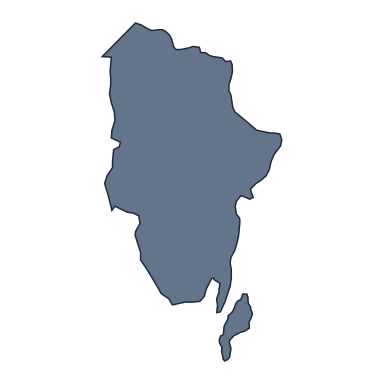 Timur Laut, Pulau Pinang, Malaysia (Robinson projection)
{"feature_id": "92858781B26188199947326", "entity_name": "Timur Laut", "entity_type": "district", "adm_level": 2, "iso_a3": "MYS", "parent_name": "Malaysia", "parent_adm1": "Pulau Pinang", "projection": "robinson", "projection_center": [100.297, 5.392], "detail": "fine", "context": "isolated", "style": "filled", "palette": "slate", "viewbox_px": 384, "rotation_deg": 0, "n_neighbors": 0, "source": "geoboundaries", "source_scale": "gbopen_adm2", "svg_char_len": 2208}
<svg xmlns="http://www.w3.org/2000/svg" viewBox="0 0 384 384"><path d="M220.4,311.9L224.7,302.5L227.4,294.6L230.2,286.2L231.3,277.8L231.3,269.4L230.2,263.2L230.9,257.5L234.5,250.9L236.4,245.1L238.4,236.7L239.2,229.7L239.9,221.7L239.6,218.2L236.4,214.2L235.2,206.3L236.4,201.4L240.7,195.7L243.9,196.6L249.7,199.2L253.2,197.4L251.7,193.5L250.5,189.1L255.6,183.8L261.1,180.2L266.1,175.8L269.3,169.6L271.2,161.2L274.0,154.6L280.6,145.8L281.8,140.0L279.8,133.9L274.0,133.0L270.1,133.0L256.8,130.3L245.0,120.2L235.2,112.2L232.9,107.8L231.7,100.3L230.9,95.0L229.0,90.6L229.0,84.4L230.9,78.7L232.5,71.6L232.1,64.5L230.6,61.0L225.5,61.5L222.3,57.9L213.3,56.6L209.0,55.3L205.5,52.6L200.8,52.6L199.3,47.3L193.0,46.4L189.1,47.8L185.2,48.6L180.9,49.5L175.8,49.5L173.5,46.4L171.9,39.8L169.5,35.0L165.6,31.4L162.5,29.7L158.6,29.7L155.8,30.1L151.5,30.5L147.6,28.8L141.8,25.2L135.5,23.0L102.2,56.6L102.7,56.6L111.3,57.2L110.1,71.7L110.7,78.6L110.7,84.8L109.5,93.8L111.3,102.7L114.3,111.7L115.0,120.7L111.9,130.3L111.3,137.9L115.6,140.0L120.4,142.1L119.2,146.9L113.7,149.6L112.5,161.4L112.5,167.6L107.0,175.9L104.6,183.5L107.6,193.1L109.4,200.0L111.9,210.4L114.9,206.2L127.8,212.4L133.3,213.1L138.8,215.9L140.0,223.5L135.7,231.1L135.1,235.2L140.6,252.4L140.6,260.0L146.7,269.0L155.9,284.2L161.4,293.8L168.7,298.7L172.4,304.9L185.2,302.1L193.2,302.1L199.9,301.4L204.2,296.6L206.2,289.2L211.7,278.4L213.7,278.1L213.9,279.6L219.7,283.2L219.7,284.7L219.5,287.0L218.9,288.4L219.1,290.8L218.8,292.7L218.2,294.5L217.5,296.1L216.9,298.2L216.6,299.7L217.4,304.0L217.5,305.9L217.1,308.1L216.8,312.6L220.4,311.9ZM227.7,359.5L229.7,357.0L230.2,353.6L231.0,348.5L229.5,343.2L229.5,340.6L232.5,337.2L234.2,335.5L237.3,334.1L240.3,332.4L245.0,331.0L247.0,329.6L249.3,328.2L249.3,325.6L249.0,322.0L250.5,319.4L251.5,316.9L252.5,313.8L250.8,309.2L250.5,306.7L249.3,305.0L248.3,303.0L248.0,300.2L248.0,297.4L246.8,294.0L242.8,294.0L240.8,299.6L237.8,301.0L235.8,303.6L234.5,307.3L232.7,311.5L230.7,313.5L228.2,315.7L227.7,319.4L226.2,322.2L224.0,326.5L223.7,331.6L223.0,335.0L220.5,336.1L219.2,340.3L219.7,343.4L221.7,346.8L221.7,351.9L222.7,356.2L223.0,359.0L224.7,361.0L227.7,359.5Z" fill="#64748b" stroke="#1e293b" stroke-width="1.5"/></svg>